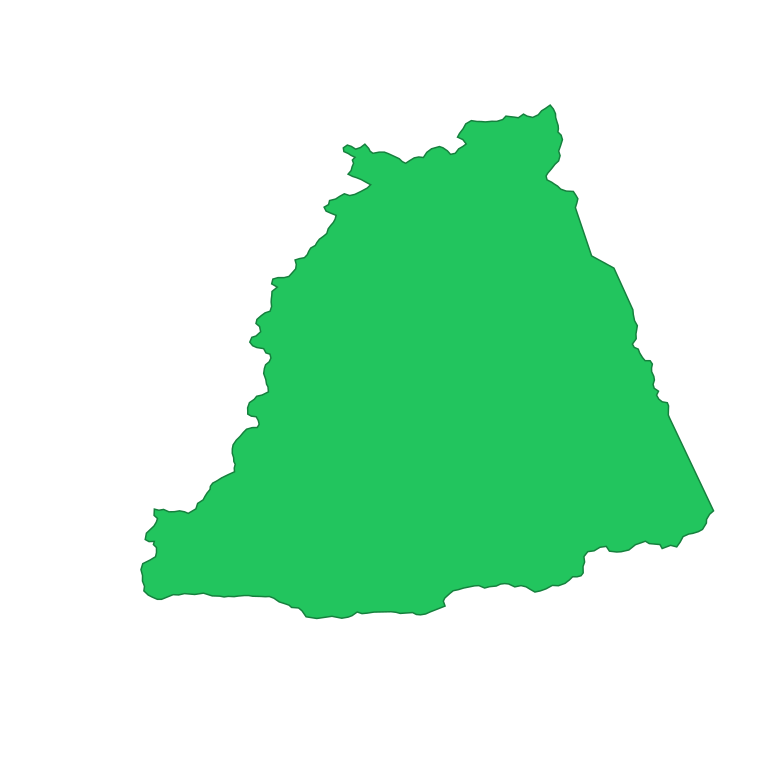 the district of Itanhém, Bahia, Brazil, rotated 255°
{"feature_id": "56859067B26534963171540", "entity_name": "Itanhém", "entity_type": "district", "adm_level": 2, "iso_a3": "BRA", "parent_name": "Brazil", "parent_adm1": "Bahia", "projection": "equal_earth", "projection_center": [-40.347, -17.08], "detail": "fine", "context": "isolated", "style": "filled", "palette": "green", "viewbox_px": 768, "rotation_deg": 255, "n_neighbors": 0, "source": "geoboundaries", "source_scale": "gbopen_adm2", "svg_char_len": 4549}
<svg xmlns="http://www.w3.org/2000/svg" viewBox="0 0 768 768"><g transform="rotate(255 384 384)"><path d="M295.6,113.1L292.6,116.2L291.4,121.4L288.6,119.7L284.9,121.9L280.0,120.6L276.3,118.6L274.5,112.4L272.9,104.5L267.6,101.2L261.5,101.2L256.2,99.7L250.6,100.3L246.3,98.5L241.2,101.6L238.2,104.9L234.7,109.3L233.6,113.5L235.1,125.8L233.4,131.1L233.2,137.0L229.7,146.7L228.7,155.5L223.8,163.2L221.6,170.5L219.7,174.4L219.2,178.6L217.4,184.2L216.9,188.3L215.9,194.0L214.7,198.6L213.0,202.2L210.7,210.0L209.3,214.2L208.4,218.3L205.6,222.2L200.7,226.3L197.3,231.6L195.0,235.0L192.1,236.9L189.8,243.5L186.1,246.1L179.3,248.5L174.9,258.4L173.1,273.6L168.7,282.6L168.1,289.0L168.5,293.2L170.7,299.1L167.9,303.3L167.0,308.7L166.3,315.2L162.2,331.9L160.4,336.5L158.2,340.3L157.2,345.5L155.8,352.5L153.0,355.6L151.6,359.5L151.1,364.7L151.9,369.7L153.7,385.5L158.9,385.1L161.5,387.3L164.7,393.5L166.4,397.4L166.1,402.6L166.3,408.1L165.6,419.2L164.7,423.5L160.9,428.4L160.9,433.5L159.8,440.1L160.6,444.7L160.0,448.9L158.6,452.6L154.2,457.8L153.8,464.2L151.3,468.8L148.0,471.9L144.0,475.9L143.7,481.3L144.2,487.5L145.9,494.5L144.0,500.3L144.6,507.3L146.7,512.3L149.0,516.3L147.8,520.6L147.8,524.7L150.0,527.5L156.2,529.0L160.1,531.7L165.5,532.4L169.3,537.4L168.5,543.8L170.4,550.4L169.6,556.7L164.2,558.5L161.5,565.3L160.6,569.7L160.3,577.6L163.7,585.3L164.1,591.3L164.5,595.8L161.2,598.9L157.5,609.0L153.1,610.1L154.0,619.1L150.9,624.6L154.7,629.2L159.2,633.4L160.2,639.4L159.8,643.6L160.0,649.4L161.1,654.0L166.2,659.4L169.7,660.5L173.9,664.8L176.2,669.5L277.4,651.0L280.5,650.6L285.0,651.9L289.2,653.2L292.6,652.8L294.8,648.1L298.3,645.5L302.7,644.4L306.0,647.3L309.9,643.9L314.0,643.8L317.8,646.2L321.5,646.6L326.7,645.7L330.3,646.6L333.8,648.4L337.6,647.1L339.0,642.2L342.7,640.5L347.8,639.0L351.9,638.6L354.6,635.2L358.3,634.3L362.4,639.3L367.1,640.3L371.0,642.1L374.8,643.8L380.3,642.4L386.6,642.8L391.3,643.6L436.4,636.1L454.0,617.7L499.7,614.8L504.8,614.5L508.9,617.1L512.8,619.2L516.9,618.1L521.0,616.7L523.2,609.9L526.5,605.1L530.2,602.9L533.0,600.3L535.5,598.2L539.0,594.3L543.0,594.4L545.4,596.9L548.6,601.6L551.9,605.9L554.3,610.4L559.0,613.2L563.8,613.0L568.6,616.3L573.8,619.6L578.5,619.5L582.5,617.2L585.3,618.5L588.7,619.1L592.8,618.9L597.0,618.8L600.7,619.6L605.7,618.8L610.4,616.7L608.3,611.0L607.1,606.9L604.1,602.7L603.0,596.7L605.7,591.6L608.6,588.6L606.4,582.7L608.0,579.1L609.4,575.5L611.2,571.1L608.7,567.1L608.5,561.0L609.9,555.9L610.9,549.8L612.4,545.7L613.5,541.8L615.8,536.5L614.1,530.3L610.1,526.5L606.5,521.8L603.4,518.9L599.7,523.4L594.6,525.5L593.1,521.8L591.8,517.0L588.4,512.6L588.6,507.7L592.8,505.6L596.9,502.1L599.0,499.0L598.9,490.8L596.7,485.3L592.6,480.7L594.3,476.3L594.6,471.7L593.2,466.9L591.6,462.0L594.1,459.2L597.7,457.0L602.0,451.9L605.4,447.8L607.9,444.3L609.2,439.4L609.7,433.0L612.5,430.8L615.5,430.2L620.6,427.6L618.5,422.5L618.2,417.4L622.0,413.9L624.3,410.4L622.6,405.8L618.9,405.4L615.9,409.1L613.3,411.4L610.5,414.7L608.5,411.4L605.0,411.7L602.2,409.5L598.7,407.5L596.0,403.6L592.7,407.3L590.4,410.9L587.3,415.0L583.4,419.0L579.9,422.7L577.6,418.5L576.0,411.7L574.7,404.9L574.9,399.6L578.0,394.9L576.7,389.7L575.2,385.1L575.3,378.9L571.7,376.9L570.3,371.9L566.0,372.8L562.7,376.9L559.3,381.4L555.8,379.4L553.2,376.9L551.1,373.8L548.4,370.3L544.2,367.7L542.3,363.6L540.6,359.1L538.1,355.9L535.6,353.5L534.3,348.4L531.7,345.7L528.8,343.4L526.6,339.8L527.0,334.8L526.8,330.2L522.1,330.2L518.1,328.5L514.9,323.7L512.5,320.0L512.6,315.0L514.2,309.0L514.1,303.8L509.8,301.4L505.2,306.0L502.4,299.8L498.5,298.5L495.4,297.2L492.3,296.2L487.9,295.5L483.8,292.8L483.5,287.5L481.8,283.1L479.3,278.0L475.6,276.0L471.7,278.7L466.4,278.4L463.5,272.8L463.3,268.4L459.2,265.2L455.0,267.0L452.2,270.5L449.3,276.9L444.6,278.0L442.3,281.6L438.3,281.5L435.2,278.9L433.2,274.6L430.0,272.5L425.3,270.5L418.9,271.0L414.2,270.5L411.3,271.2L406.3,270.3L404.9,263.3L405.1,257.8L402.8,254.7L400.8,249.2L396.3,246.1L393.1,245.4L390.2,244.6L387.3,247.5L385.4,252.1L381.2,253.1L377.4,253.0L374.8,250.3L376.0,245.4L375.9,239.5L373.6,235.6L370.6,231.4L368.0,226.8L364.3,222.5L360.6,220.7L356.3,219.5L351.8,219.7L348.0,218.9L344.9,219.5L341.6,217.6L337.9,216.9L336.8,210.3L335.4,203.0L333.5,196.9L332.6,192.9L330.1,189.8L327.2,188.7L324.6,185.0L321.9,182.1L318.9,179.3L316.9,173.1L312.1,170.0L310.8,165.4L309.7,161.4L312.2,158.2L314.4,153.7L314.9,148.5L316.2,143.2L319.9,138.6L320.3,133.9L322.6,129.8L316.6,127.9L312.7,130.4L309.5,128.3L306.4,125.1L301.4,115.9L295.6,113.1Z" fill="#22c55e" stroke="#15803d" stroke-width="1.5"/></g></svg>